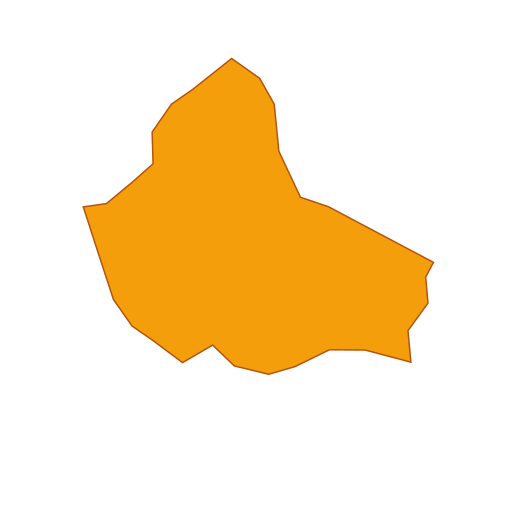 outline of Uijeongbu-si, Gyeonggi, South Korea, rotated 55°
{"feature_id": "91817680B6871011244235", "entity_name": "Uijeongbu-si", "entity_type": "district", "adm_level": 2, "iso_a3": "KOR", "parent_name": "South Korea", "parent_adm1": "Gyeonggi", "projection": "natural_earth1", "projection_center": [127.071, 37.727], "detail": "fine", "context": "isolated", "style": "filled", "palette": "amber", "viewbox_px": 512, "rotation_deg": 55, "n_neighbors": 0, "source": "geoboundaries", "source_scale": "gbopen_adm2", "svg_char_len": 538}
<svg xmlns="http://www.w3.org/2000/svg" viewBox="0 0 512 512"><g transform="rotate(55 256 256)"><path d="M363.0,114.3L257.0,168.5L233.4,185.9L183.3,177.2L142.1,154.0L112.6,151.1L80.2,162.7L83.2,212.0L83.1,238.1L94.9,270.0L121.4,287.4L124.4,313.5L127.3,348.4L116.7,369.3L171.5,386.1L209.8,397.7L242.3,397.7L265.8,389.0L300.1,377.7L301.2,377.4L304.1,342.6L333.6,336.8L360.1,313.5L369.0,287.4L374.9,249.7L395.5,220.7L431.8,190.0L404.3,174.3L393.2,142.1L370.6,129.1L363.0,114.3Z" fill="#f59e0b" stroke="#b45309" stroke-width="1.5"/></g></svg>